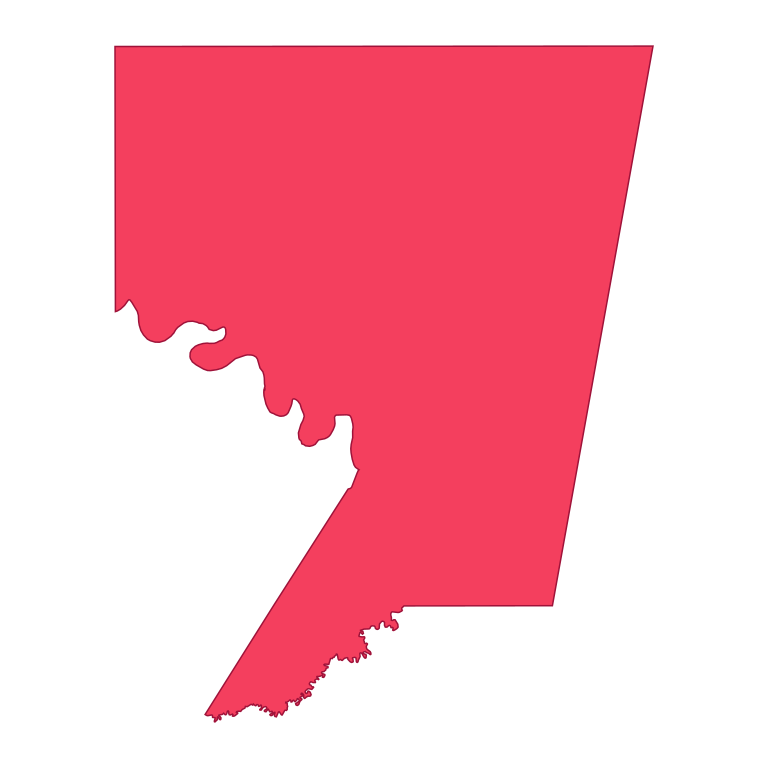 Tarapacá, Amazonas, Colombia
{"feature_id": "7082276B95886697546678", "entity_name": "Tarapacá", "entity_type": "district", "adm_level": 2, "iso_a3": "COL", "parent_name": "Colombia", "parent_adm1": "Amazonas", "projection": "albers", "projection_center": [-70.159, -2.606], "detail": "fine", "context": "isolated", "style": "filled", "palette": "rose", "viewbox_px": 768, "rotation_deg": 0, "n_neighbors": 0, "source": "geoboundaries", "source_scale": "gbopen_adm2", "svg_char_len": 6130}
<svg xmlns="http://www.w3.org/2000/svg" viewBox="0 0 768 768"><path d="M552.4,605.7L653.0,46.1L115.0,46.5L115.4,311.6L117.3,311.0L120.5,309.1L124.6,305.3L128.1,300.4L128.9,299.7L129.9,299.9L131.8,302.3L137.3,311.4L138.4,315.4L138.7,321.6L139.3,325.3L140.9,330.5L143.5,334.9L147.4,339.1L150.3,340.7L155.1,342.1L159.6,342.2L164.9,340.6L171.0,336.2L173.1,333.7L173.5,333.5L175.7,329.7L177.7,327.4L183.8,323.0L187.7,321.5L192.7,321.2L197.4,322.3L198.9,323.1L202.9,323.6L206.2,325.5L207.6,326.9L209.2,329.4L213.3,330.6L216.3,330.2L222.6,327.1L223.8,327.0L224.5,327.3L225.2,328.0L225.7,329.5L225.9,334.0L224.9,336.9L223.7,338.7L222.1,340.1L219.5,341.0L216.5,342.6L214.3,343.3L209.5,343.4L207.1,343.1L203.1,343.5L198.5,344.8L195.3,346.3L191.6,349.7L190.2,352.8L190.0,356.7L190.4,358.5L192.4,361.9L196.1,364.8L203.6,369.1L207.6,370.5L210.6,370.6L216.7,369.7L221.7,368.3L226.6,365.7L235.5,358.6L245.2,355.3L247.2,354.9L251.2,355.0L253.4,355.5L256.0,357.0L257.4,359.0L260.0,368.0L262.9,371.8L263.9,375.2L264.3,377.9L264.5,384.0L265.0,386.2L264.4,388.1L264.9,388.3L264.9,389.7L264.6,390.4L264.2,390.4L264.1,388.9L263.9,390.2L263.8,392.4L264.0,395.7L266.0,404.1L267.8,408.1L270.0,411.9L271.4,412.8L273.7,413.6L275.8,414.8L279.6,416.1L281.1,416.2L283.8,415.9L286.5,414.6L288.2,412.7L291.0,406.2L291.8,403.7L292.4,399.8L293.1,399.0L294.1,398.8L296.2,399.7L297.9,401.1L300.2,404.3L301.4,408.5L303.8,414.2L304.2,416.4L303.0,420.5L300.9,424.5L298.4,432.9L298.9,438.0L299.5,439.6L300.6,440.3L301.3,441.5L301.8,443.8L304.1,444.7L305.5,445.8L309.7,446.3L312.8,445.5L315.2,444.3L318.6,439.9L324.8,438.7L327.5,437.4L329.4,435.9L330.5,434.5L333.2,429.7L334.6,426.1L335.0,423.6L334.5,417.2L335.0,416.1L336.1,415.1L346.8,414.8L349.4,415.3L350.4,416.2L351.4,418.2L352.8,424.0L353.1,427.3L352.6,431.2L352.7,437.6L351.2,444.4L350.8,448.7L351.1,452.8L352.3,459.4L354.0,464.9L355.5,467.3L359.0,469.8L358.4,470.2L357.1,473.1L351.7,487.1L350.5,488.4L348.2,489.0L347.8,489.5L274.4,604.3L205.1,714.5L206.5,715.4L207.8,715.7L211.5,715.0L212.4,715.3L212.6,717.4L215.0,717.7L215.1,718.5L214.3,721.1L214.5,721.8L215.0,721.9L217.4,719.6L217.3,717.6L217.6,717.0L218.3,717.2L219.7,719.5L220.3,719.7L220.7,719.5L221.0,717.9L220.1,716.6L218.8,715.6L219.0,715.0L222.4,714.4L223.7,713.2L225.0,714.6L225.8,714.8L226.7,713.8L227.4,711.3L228.1,710.9L228.7,711.5L228.8,713.7L229.3,714.8L230.6,714.9L232.5,714.1L232.9,714.5L232.6,716.1L233.9,716.2L235.1,715.6L237.7,713.5L237.6,712.8L236.7,712.6L236.3,712.3L236.7,711.6L238.4,711.2L240.7,711.4L242.2,709.5L244.9,708.1L245.4,706.4L247.2,706.7L251.1,704.3L252.8,705.1L253.3,704.0L255.3,705.7L255.9,705.7L256.8,704.6L257.7,704.6L258.2,705.1L258.5,706.1L258.9,706.4L259.8,706.0L260.6,705.1L261.2,705.2L261.5,705.9L261.2,708.4L259.8,709.4L259.8,709.9L260.5,710.1L261.3,710.0L262.8,707.8L263.9,707.0L265.3,706.6L266.1,706.8L266.8,707.7L266.9,708.6L264.4,710.4L264.4,711.2L265.1,711.7L266.1,711.7L267.4,710.0L268.3,709.3L269.8,711.8L270.6,711.8L271.6,711.3L272.2,711.4L272.4,712.3L272.1,712.9L269.9,714.5L270.0,715.0L270.8,715.6L271.7,715.6L272.2,715.3L273.9,712.6L274.8,712.3L275.0,712.8L274.3,714.6L274.4,715.6L275.0,716.5L276.4,716.8L278.4,712.1L279.0,711.8L279.4,711.9L281.2,714.6L281.7,715.0L282.2,715.0L284.7,710.5L285.2,710.2L286.5,710.4L287.2,709.5L287.2,707.7L287.7,706.3L287.2,705.0L287.3,703.7L286.8,703.1L285.7,702.9L285.8,702.2L286.6,702.3L288.4,701.3L290.0,699.9L290.6,700.4L291.1,702.0L291.9,701.9L292.6,700.7L293.4,700.2L293.9,700.4L294.5,701.5L295.2,701.7L297.0,699.8L297.3,698.7L297.9,698.6L299.3,700.3L299.2,701.2L295.6,703.7L296.0,704.9L296.9,705.4L297.6,705.4L298.8,704.4L299.9,701.4L301.9,699.5L301.8,698.9L300.3,698.4L300.0,697.6L300.3,697.1L302.0,696.5L302.4,695.9L302.4,695.2L301.0,694.2L301.4,693.3L302.0,693.2L303.4,694.4L303.7,695.1L303.7,697.4L304.4,698.4L305.1,698.2L306.0,697.3L307.9,696.2L309.8,696.2L310.6,695.8L311.1,694.6L310.3,692.4L309.6,691.6L308.6,691.1L307.9,691.2L307.5,692.7L306.7,693.4L305.7,693.1L305.1,691.9L305.5,690.8L307.5,689.0L308.7,688.7L311.8,689.4L313.6,687.4L313.4,686.9L311.8,686.7L310.9,685.2L309.6,684.7L309.3,683.8L309.7,682.9L310.5,681.9L311.1,681.8L313.0,682.6L315.3,682.6L315.5,682.1L314.7,680.6L314.9,680.1L316.9,678.8L318.4,679.6L318.8,679.3L318.5,678.6L316.9,677.3L316.8,676.7L317.1,676.4L318.4,676.5L320.4,676.1L322.3,675.1L322.7,675.4L322.5,677.2L323.4,677.4L324.0,677.1L324.9,675.5L324.8,674.5L321.9,673.4L321.5,672.5L322.1,671.8L323.9,671.6L325.7,670.0L326.2,668.2L327.9,667.8L328.1,667.1L327.8,666.3L324.4,665.5L324.0,664.6L324.9,664.1L328.8,664.3L330.5,658.6L331.1,658.4L332.3,658.6L332.9,657.5L334.1,657.3L334.4,656.3L335.8,655.4L336.3,654.1L336.9,654.1L337.3,654.5L338.2,659.1L339.0,660.1L340.5,659.5L341.6,660.3L342.3,660.4L344.5,658.3L347.1,657.6L347.7,657.9L347.9,659.3L350.0,661.6L351.3,662.4L352.1,662.3L352.9,662.0L353.2,661.6L353.0,659.5L352.5,658.6L352.6,657.8L354.9,657.3L356.0,658.0L356.3,661.4L356.6,662.1L357.2,662.4L358.0,661.8L358.3,660.4L360.1,656.5L359.8,653.7L360.2,653.0L360.9,652.9L361.7,653.2L364.0,657.2L365.1,658.2L365.8,658.0L366.1,657.5L366.3,655.1L365.8,654.4L363.1,653.5L362.9,653.0L363.3,652.2L365.2,651.5L366.4,652.5L368.8,653.4L370.2,654.6L370.8,654.4L370.9,653.1L370.2,651.6L367.1,649.3L366.5,648.2L366.3,646.2L367.4,644.3L367.4,643.8L366.6,643.2L365.3,643.6L364.5,643.1L364.3,641.7L363.6,640.0L364.7,638.2L364.7,637.2L364.3,636.8L361.8,636.9L359.2,636.4L358.9,636.0L359.9,632.6L360.8,632.5L362.4,634.2L363.4,633.5L362.9,631.4L360.7,630.9L360.5,630.3L364.0,629.1L369.1,628.9L370.0,628.2L370.8,626.4L372.2,625.8L374.5,626.1L375.0,626.7L375.3,628.1L376.0,628.9L377.1,629.4L378.1,629.2L379.2,628.2L379.5,623.9L381.6,621.5L382.6,621.2L383.8,621.6L384.5,622.4L384.5,625.4L385.3,627.1L387.0,627.1L388.6,625.7L389.5,625.4L390.4,625.8L391.0,627.6L391.7,627.7L392.5,627.4L392.9,627.6L393.1,628.7L392.7,630.1L393.0,630.4L393.7,630.5L395.6,629.5L397.2,628.3L398.1,627.1L397.8,624.2L395.1,619.8L393.9,619.7L392.5,620.5L391.4,620.3L391.4,617.5L390.8,615.1L390.8,613.6L391.4,612.4L392.2,611.8L398.1,612.5L399.3,612.3L401.8,611.0L402.3,610.2L401.7,609.3L401.8,608.0L404.0,605.9L552.4,605.7Z" fill="#f43f5e" stroke="#9f1239" stroke-width="1.5"/></svg>